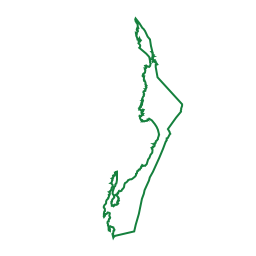 Aurora, Aurora, Philippines, rotated 156°
{"feature_id": "2640588B82822310999177", "entity_name": "Aurora", "entity_type": "district", "adm_level": 2, "iso_a3": "PHL", "parent_name": "Philippines", "parent_adm1": "Aurora", "projection": "orthographic", "projection_center": [121.871, 15.753], "detail": "fine", "context": "isolated", "style": "outline", "palette": "green", "viewbox_px": 256, "rotation_deg": 156, "n_neighbors": 0, "source": "geoboundaries", "source_scale": "gbopen_adm2", "svg_char_len": 5750}
<svg xmlns="http://www.w3.org/2000/svg" viewBox="0 0 256 256"><g transform="rotate(156 128 128)"><path d="M186.0,33.8L185.5,34.2L183.5,34.7L164.4,31.0L160.2,36.6L153.1,45.0L144.1,57.6L140.3,61.5L138.2,64.4L130.2,71.5L128.2,74.0L123.1,77.8L111.5,88.1L104.3,94.9L99.1,100.2L98.6,100.3L97.9,101.2L97.5,101.2L96.9,102.8L95.7,102.7L92.4,105.3L91.0,105.7L91.9,105.9L91.6,107.8L92.0,110.8L79.9,117.9L72.9,121.4L72.8,122.2L71.8,123.4L71.5,124.2L69.6,126.2L68.9,127.7L80.4,162.3L77.9,172.4L77.0,174.4L75.4,174.2L75.6,175.4L75.9,175.5L75.8,175.9L76.2,176.4L76.0,176.9L76.4,177.2L76.1,177.4L76.6,177.6L76.3,178.2L76.7,178.3L76.6,178.8L77.2,178.7L76.7,179.1L77.3,179.2L76.9,179.5L77.0,180.1L77.4,180.3L77.2,180.8L77.6,181.0L77.0,181.2L76.9,181.8L77.3,182.2L76.5,182.4L76.7,182.9L76.4,183.4L75.6,183.2L76.0,183.6L75.4,183.9L75.6,184.2L75.3,184.3L75.7,184.6L75.6,185.5L75.5,185.8L75.2,185.6L74.8,186.5L75.5,188.0L74.7,187.9L73.6,193.8L71.9,200.0L72.9,203.5L73.0,209.6L73.5,212.2L74.2,213.6L75.0,219.2L76.5,225.0L77.2,224.3L77.6,222.4L77.3,221.7L77.5,221.0L77.0,220.5L77.1,220.1L76.2,220.0L76.1,219.4L76.9,219.0L77.9,216.7L77.8,216.0L78.3,215.8L78.2,215.1L79.2,215.4L80.1,214.2L80.1,213.9L79.3,213.4L79.7,212.2L81.2,211.7L81.7,211.9L81.6,211.1L82.3,211.2L82.5,210.6L82.1,209.7L83.0,208.9L82.8,208.3L83.1,206.8L82.6,205.8L83.1,205.6L83.4,204.9L82.4,203.6L81.7,203.7L81.1,204.6L81.1,203.7L80.6,202.9L82.0,202.1L82.7,202.8L83.2,202.5L83.3,201.8L84.0,201.1L83.3,199.5L83.3,198.4L84.0,197.2L85.1,196.7L81.1,188.5L79.9,184.9L79.7,183.1L80.1,182.6L79.9,182.1L80.2,181.7L79.8,181.4L80.4,180.6L80.3,180.0L80.8,179.8L81.2,178.8L81.2,177.7L82.5,175.8L83.7,175.2L84.5,175.7L84.9,176.4L86.2,176.9L86.1,177.7L87.0,177.8L86.8,176.6L87.2,176.2L86.8,175.7L87.3,175.3L88.2,175.6L88.1,175.3L88.6,175.1L88.8,174.6L88.7,173.7L89.9,171.8L90.8,171.3L91.1,171.5L92.2,171.2L92.4,171.0L92.1,170.6L92.3,170.1L93.5,169.6L93.4,169.2L92.8,169.2L92.2,168.7L92.9,168.1L92.9,167.5L93.9,165.7L94.0,165.2L93.6,164.8L94.0,164.4L93.6,164.0L93.5,162.6L94.0,161.5L93.9,160.9L94.4,160.5L94.0,159.5L94.3,159.5L94.4,158.6L94.7,158.5L94.5,158.2L94.7,157.4L95.5,157.1L95.5,156.9L95.7,156.6L96.2,156.2L96.4,156.3L96.3,156.0L97.1,154.9L97.7,155.2L98.4,154.9L98.8,155.1L99.4,154.5L99.4,152.5L100.0,152.2L100.0,151.7L100.5,150.8L101.2,150.7L103.3,148.8L103.5,148.5L103.0,148.3L103.1,146.9L103.3,146.7L104.0,146.9L103.8,146.6L104.3,146.3L104.0,146.2L104.2,145.8L105.2,145.2L104.9,145.1L105.0,144.9L105.8,144.7L105.8,144.4L106.0,144.3L105.6,143.8L105.8,143.5L106.1,143.3L106.8,143.5L106.9,143.2L107.2,143.2L107.1,142.8L107.5,142.0L108.1,142.0L108.7,142.3L109.2,141.9L109.1,141.6L109.8,141.5L109.6,141.0L110.2,140.3L109.7,140.1L109.0,139.1L109.7,138.6L108.8,138.8L108.2,138.5L107.1,138.9L106.4,138.3L107.3,137.8L107.5,137.5L107.3,137.5L107.2,137.4L107.7,136.9L109.2,136.8L109.1,136.4L109.5,136.0L109.1,135.4L109.2,135.0L108.8,134.8L109.3,134.6L109.1,133.9L110.4,134.2L111.0,133.4L111.8,133.5L112.5,134.4L112.7,134.2L112.4,133.1L113.0,132.4L113.0,131.5L112.9,130.0L112.5,129.7L112.2,129.8L111.8,129.5L111.9,129.0L112.5,128.5L112.1,128.4L112.2,128.2L111.7,127.9L111.1,128.0L110.3,127.4L109.5,127.5L107.7,126.8L106.7,127.6L106.5,127.4L106.5,127.8L105.4,127.6L104.9,127.9L103.1,125.2L101.9,120.6L101.4,117.3L101.4,114.2L102.3,109.2L102.8,109.0L103.0,108.4L104.5,106.9L105.3,105.6L105.9,105.5L106.4,104.9L108.0,104.6L108.7,103.2L109.9,103.2L110.0,102.6L110.4,102.4L111.0,102.7L110.4,101.8L111.2,100.7L112.0,100.5L112.5,100.9L113.0,100.8L113.0,100.5L113.4,100.2L114.1,100.2L113.9,99.9L114.4,99.8L114.7,99.4L114.4,98.4L114.6,97.8L115.9,95.6L118.4,94.3L120.5,92.1L122.4,91.1L125.6,87.4L127.8,86.5L128.2,86.9L129.2,87.1L130.1,88.4L130.7,87.9L130.8,87.3L131.7,87.4L132.3,86.2L133.2,86.1L134.1,85.2L135.2,85.6L136.0,84.7L137.1,84.8L138.4,82.9L139.3,82.9L140.1,81.4L141.5,80.7L144.9,79.8L145.9,79.8L147.2,80.3L149.4,80.2L149.8,79.7L151.6,79.0L153.1,78.9L154.2,77.9L155.7,75.6L157.0,74.7L158.5,74.2L159.5,73.3L160.8,73.4L162.0,74.0L162.3,73.6L163.9,72.9L164.3,72.5L164.2,72.3L163.3,72.9L163.6,72.3L164.3,72.0L166.9,72.0L167.1,71.8L166.1,71.2L165.6,70.4L165.1,68.7L165.4,68.3L165.0,67.5L165.8,66.8L165.7,66.0L166.1,65.7L165.9,65.4L166.2,65.2L166.8,65.5L166.9,65.2L167.3,65.3L168.0,64.7L168.2,64.4L167.9,64.3L167.6,63.1L168.7,62.5L169.8,62.5L171.0,63.2L171.5,62.9L171.5,63.3L171.9,63.2L173.0,63.5L173.4,62.8L173.9,63.5L174.4,63.6L173.8,65.3L173.9,65.9L172.8,67.1L173.1,67.4L172.1,68.1L171.5,69.0L168.9,70.1L168.4,71.9L168.8,74.3L168.6,74.8L167.5,76.5L165.2,78.9L164.8,79.7L163.4,80.1L162.9,80.6L162.7,81.4L161.8,82.1L161.3,82.0L160.6,82.9L159.1,85.2L155.8,92.6L157.0,92.8L157.3,92.4L157.8,92.5L157.7,92.0L158.3,91.9L158.6,90.8L159.4,89.9L160.3,89.9L160.5,90.3L160.8,89.8L161.1,90.0L161.2,89.3L162.2,89.0L162.2,88.4L162.6,88.4L162.9,87.7L163.3,87.9L163.1,87.2L163.5,86.5L164.2,86.2L164.6,85.4L165.5,84.7L166.2,84.6L165.7,84.2L165.2,82.1L165.8,80.9L167.3,80.0L167.6,79.3L169.1,77.9L170.5,77.5L170.3,77.2L170.8,76.7L171.1,76.8L170.9,76.4L171.5,75.0L172.3,74.9L172.3,74.5L172.8,74.5L172.8,73.8L174.1,72.3L174.5,72.3L174.8,71.6L176.6,71.0L177.8,69.9L178.6,68.2L179.5,67.6L180.6,67.3L182.0,66.2L182.5,65.1L182.0,63.8L182.8,61.5L183.6,61.4L185.1,59.2L185.6,57.6L185.9,57.5L186.0,57.3L185.7,57.0L186.1,56.9L186.1,56.5L184.7,57.3L183.6,58.6L182.5,58.2L181.0,59.1L179.9,58.4L179.3,57.5L180.8,55.4L180.7,53.5L181.4,52.7L182.1,52.8L183.0,51.8L183.5,50.6L184.1,50.9L184.9,50.5L185.5,49.3L185.3,48.2L185.9,47.3L185.9,46.2L186.5,43.9L186.9,43.6L186.8,42.7L187.1,42.3L186.6,42.0L186.7,41.7L186.4,41.3L185.7,42.8L185.3,45.6L184.4,45.6L184.0,45.4L183.3,44.3L182.7,44.0L181.8,43.1L182.0,42.2L181.7,40.7L182.3,39.9L183.0,40.0L184.6,37.5L185.2,37.6L185.5,36.8L185.1,36.1L185.7,35.6L186.0,33.8Z" fill="none" stroke="#15803d" stroke-width="2"/></g></svg>